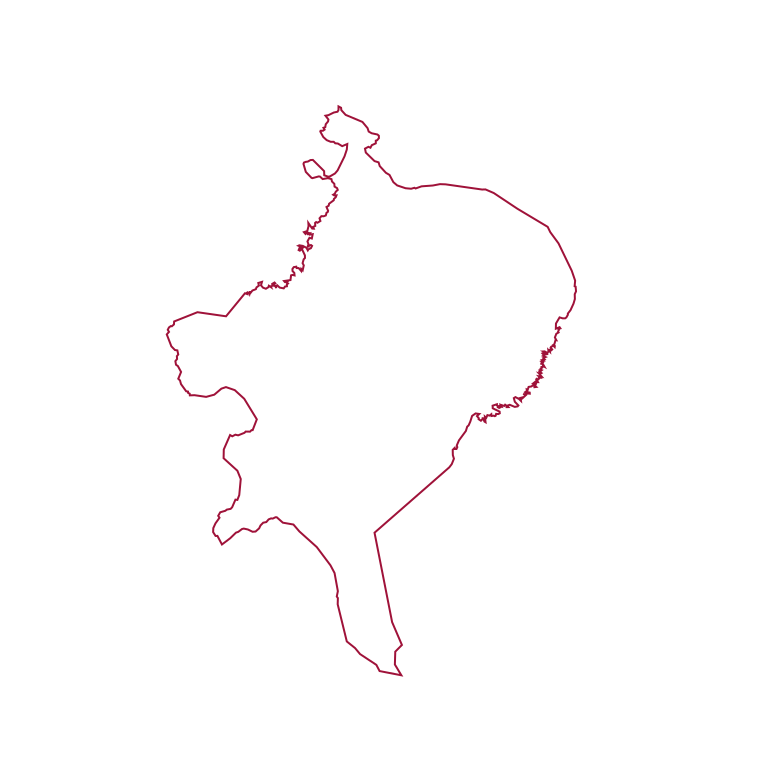 Davst, Uvs, Mongolia (orthographic projection), rotated 244°
{"feature_id": "93677404B415729533363", "entity_name": "Davst", "entity_type": "district", "adm_level": 2, "iso_a3": "MNG", "parent_name": "Mongolia", "parent_adm1": "Uvs", "projection": "orthographic", "projection_center": [92.742, 50.438], "detail": "fine", "context": "isolated", "style": "outline", "palette": "rose", "viewbox_px": 768, "rotation_deg": 244, "n_neighbors": 0, "source": "geoboundaries", "source_scale": "gbopen_adm2", "svg_char_len": 6154}
<svg xmlns="http://www.w3.org/2000/svg" viewBox="0 0 768 768"><g transform="rotate(244 384 384)"><path d="M141.6,285.7L166.4,286.9L254.5,310.3L280.5,406.2L282.3,409.8L286.2,414.1L289.9,414.7L294.7,416.9L295.6,419.5L294.5,419.2L293.8,420.6L295.1,422.2L296.9,422.5L300.5,426.7L305.9,437.0L309.2,440.1L309.7,441.9L312.3,445.0L316.7,449.2L317.4,453.4L315.3,456.5L314.4,453.5L311.7,454.2L310.9,453.6L308.5,455.0L309.3,457.2L310.7,458.0L306.2,457.8L305.1,458.5L310.5,460.4L308.8,461.1L310.7,463.3L309.3,465.0L309.8,467.2L308.1,466.6L307.4,468.8L306.5,469.5L306.5,470.4L308.0,471.7L306.9,473.5L306.9,475.2L308.5,475.8L314.5,471.1L316.9,472.1L316.3,476.6L315.2,476.1L314.2,476.9L313.3,476.2L313.0,477.0L312.0,477.0L312.0,477.9L313.2,477.4L313.7,478.5L312.3,479.8L314.1,479.8L311.6,482.4L312.3,483.8L311.0,484.5L309.5,484.0L308.7,485.7L310.5,485.3L310.2,487.9L306.1,491.5L305.3,494.3L305.8,495.4L310.7,493.8L314.4,494.5L314.6,496.4L312.1,498.2L311.6,500.9L310.6,499.0L308.7,499.7L310.7,500.4L310.3,501.6L311.8,506.6L314.1,504.7L312.4,506.5L312.6,507.7L313.4,507.5L311.4,510.8L312.4,511.2L314.9,508.0L315.1,509.4L316.6,509.9L315.8,510.6L318.0,512.7L317.2,515.3L317.7,518.6L315.2,517.8L314.6,519.6L316.1,519.0L317.4,520.5L319.1,518.3L319.9,521.8L318.9,521.8L318.2,523.2L321.5,522.9L321.7,523.7L320.4,524.2L321.0,526.1L322.0,526.2L321.4,527.1L323.1,526.5L321.3,529.0L325.5,527.9L324.7,528.7L324.8,530.3L326.8,529.3L326.8,530.0L327.6,529.9L327.1,530.7L327.3,531.8L328.5,530.7L329.2,531.5L329.1,532.5L330.2,533.0L329.7,533.9L330.6,534.7L329.1,535.8L332.1,535.6L333.3,534.2L333.8,534.7L333.3,535.1L333.7,536.3L335.2,535.5L334.8,537.5L336.2,536.7L335.7,539.1L337.5,538.5L337.4,541.0L339.5,539.3L339.6,540.5L342.1,539.8L342.1,542.4L343.4,541.5L342.9,542.7L341.7,543.5L341.1,541.3L340.5,541.1L340.2,541.5L340.9,542.2L339.6,542.8L339.3,543.9L340.3,544.3L341.1,546.1L342.5,546.6L340.3,547.3L342.2,547.9L342.1,548.9L341.0,549.2L341.3,550.3L343.7,549.8L344.2,550.6L344.2,553.0L342.4,553.6L343.3,554.2L344.9,553.3L345.1,554.6L348.3,557.4L347.8,558.1L350.9,558.0L353.6,560.9L353.8,563.4L354.5,563.2L356.1,565.0L357.1,564.7L356.7,566.9L358.1,566.7L358.4,562.7L363.0,565.1L366.9,571.0L364.6,573.5L363.6,575.7L363.9,577.1L365.6,579.6L366.7,580.1L368.6,584.0L373.1,589.5L376.7,592.8L381.1,594.8L383.1,597.2L387.5,598.9L388.3,598.2L393.1,601.1L403.5,602.4L433.9,602.5L447.6,600.0L453.5,600.0L483.1,580.7L507.5,566.4L514.4,560.5L515.8,557.4L536.5,526.8L539.1,521.9L541.0,514.9L545.2,504.4L545.9,498.1L547.0,497.4L547.6,494.0L550.5,489.2L556.7,482.9L561.3,480.9L569.5,480.6L573.0,478.3L581.7,475.7L585.6,476.3L588.5,473.2L600.0,469.1L603.9,470.1L604.0,474.0L602.3,475.4L604.0,477.7L603.9,482.1L606.3,483.3L606.1,484.7L607.2,487.2L609.4,488.2L611.1,487.5L614.8,482.8L617.6,480.9L621.2,481.4L629.0,479.5L642.7,467.5L648.8,465.7L651.1,466.5L653.4,464.8L650.2,463.2L649.1,461.6L650.0,457.9L650.0,451.9L650.8,449.0L646.1,450.0L644.5,448.8L643.0,445.5L640.6,443.8L640.8,441.9L638.7,442.1L638.4,440.2L639.4,438.0L638.8,437.4L632.6,437.7L628.3,439.4L625.0,442.3L623.7,445.0L621.7,445.7L620.4,447.9L616.1,450.7L615.8,456.2L611.1,453.4L605.9,448.3L596.3,435.9L594.7,432.2L594.3,426.4L594.8,424.7L597.8,421.8L601.6,423.5L616.6,418.3L617.5,416.1L617.3,413.1L618.0,410.9L618.1,409.1L617.1,408.1L608.9,406.7L601.1,409.2L600.4,409.9L599.2,416.3L598.5,417.4L595.1,418.7L593.6,423.8L591.2,426.6L588.8,426.0L585.7,427.1L583.1,426.1L580.6,427.7L578.7,427.5L578.0,425.0L576.6,423.2L576.4,421.3L575.2,422.0L574.4,424.0L573.0,422.5L572.3,420.1L571.2,419.4L570.1,413.7L568.5,412.4L568.3,409.9L564.2,409.7L563.3,408.9L563.1,407.4L561.0,405.6L561.2,403.3L562.3,401.3L561.2,398.7L558.4,398.3L558.1,394.9L559.3,394.0L559.0,392.7L556.2,391.5L556.3,389.1L554.4,389.0L555.2,387.6L561.9,386.6L559.0,385.4L555.1,382.1L555.6,378.6L553.3,379.2L554.1,380.9L552.8,382.5L552.7,381.0L552.0,381.2L551.7,383.8L550.7,383.0L549.9,385.6L546.4,382.9L548.1,381.1L545.7,377.7L542.8,377.4L540.9,375.6L540.6,376.6L541.4,377.4L540.9,379.3L539.7,379.9L538.1,377.8L538.2,375.2L537.5,374.1L540.4,374.0L543.7,371.6L545.8,368.7L545.8,367.7L542.1,370.9L541.8,370.3L543.3,367.7L541.8,366.0L540.7,366.8L541.1,368.2L540.6,369.4L534.3,369.3L531.9,368.2L531.3,366.5L528.3,363.8L525.8,363.9L521.8,360.7L523.6,360.1L521.9,359.1L525.6,358.1L526.5,356.3L527.9,356.6L528.6,354.1L527.5,352.1L525.6,351.3L523.2,352.1L520.8,351.2L522.2,349.5L522.4,348.1L518.4,345.5L520.4,339.3L519.1,339.6L518.2,342.1L517.6,341.0L516.4,341.7L516.0,340.3L514.4,339.6L515.0,337.7L513.9,335.8L516.4,332.5L519.6,331.3L519.5,330.2L517.5,329.1L519.8,329.3L520.5,328.1L521.8,327.9L522.1,330.4L523.2,330.1L523.0,327.4L521.6,326.9L520.9,325.8L521.6,324.8L520.7,324.8L522.8,323.6L521.7,322.6L521.4,319.6L523.6,317.5L526.6,316.7L529.3,319.1L529.9,315.3L527.3,314.7L526.7,311.7L525.4,310.4L525.7,306.7L524.1,303.4L526.3,304.1L524.1,302.6L525.3,302.6L525.1,301.6L526.2,301.4L526.0,300.2L525.1,300.2L526.5,298.8L514.1,271.7L530.3,247.8L532.2,222.8L529.6,221.3L528.9,218.6L529.5,217.7L529.1,215.5L527.5,213.4L525.1,213.6L523.8,210.5L511.1,209.4L506.2,211.0L504.8,213.0L500.7,212.0L499.8,210.0L497.2,209.0L496.0,206.5L492.5,205.5L490.5,206.6L483.8,206.9L478.9,201.4L476.6,202.2L472.9,201.5L464.2,203.0L463.1,204.5L462.0,204.0L460.5,205.1L458.9,204.5L457.0,208.8L450.4,218.5L448.8,226.8L451.1,235.8L450.5,240.6L443.9,247.2L432.0,251.9L408.0,254.2L400.1,245.7L400.6,244.7L399.9,242.7L401.9,238.8L401.3,237.2L401.8,230.4L403.6,228.2L403.5,224.7L405.6,223.3L395.4,211.3L387.6,207.3L370.3,214.2L361.4,213.6L347.6,205.2L344.1,201.4L345.2,199.8L339.8,193.5L339.0,191.4L340.0,187.7L339.6,185.8L340.5,180.6L338.2,177.2L335.9,177.5L332.6,171.4L329.3,167.4L325.8,165.5L321.3,166.0L320.5,167.7L310.8,168.0L312.8,178.2L315.3,185.8L315.0,188.2L315.9,192.8L315.5,194.6L312.9,197.9L308.8,201.1L307.7,203.9L309.0,208.5L311.0,211.0L312.3,214.6L311.5,217.7L312.9,221.0L312.7,223.6L311.8,225.0L311.8,228.1L311.2,229.2L303.7,232.3L297.4,241.0L288.6,243.3L266.9,252.1L244.5,256.4L235.8,256.7L218.0,251.7L213.7,248.4L211.8,248.7L206.3,245.8L168.9,237.7L159.4,242.2L151.7,244.1L134.9,254.0L127.9,254.2L114.6,271.9L127.1,270.8L138.5,276.8L141.6,285.7Z" fill="none" stroke="#9f1239" stroke-width="2"/></g></svg>